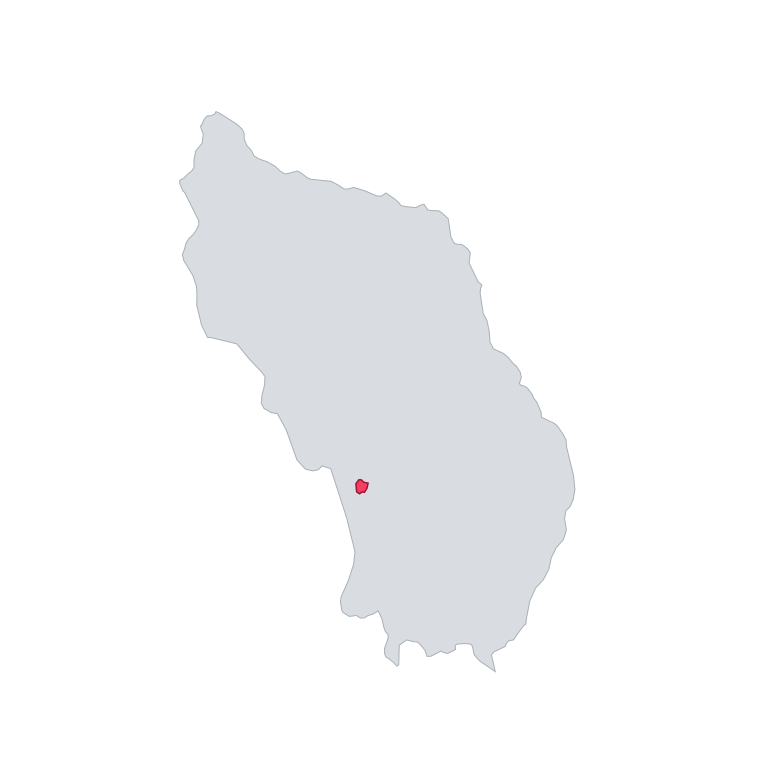 Hungary, with Tatabánya highlighted, rotated 255°
{"feature_id": "HUN-4906", "entity_name": "Tatabánya", "entity_type": "Urban county", "adm_level": 1, "iso_a3": "HUN", "parent_name": "Hungary", "parent_adm1": "", "projection": "natural_earth1", "projection_center": [18.448, 47.563], "detail": "fine", "context": "in_parent", "style": "filled", "palette": "rose", "viewbox_px": 768, "rotation_deg": 255, "n_neighbors": 0, "source": "natural_earth", "source_scale": "10m", "svg_char_len": 2938}
<svg xmlns="http://www.w3.org/2000/svg" viewBox="0 0 768 768"><g transform="rotate(255 384 384)"><path d="M622.6,239.6L631.1,238.7L631.5,238.8L633.5,239.4L635.0,244.7L635.3,245.0L637.4,248.5L639.4,253.2L642.5,256.7L649.1,258.2L657.9,262.5L663.7,270.7L672.2,274.1L672.8,274.2L674.5,273.8L680.5,273.5L681.8,275.2L686.7,279.2L688.7,282.7L687.8,286.5L688.7,290.7L690.6,292.2L688.4,295.0L672.9,309.2L666.8,313.0L662.7,313.8L656.2,312.3L649.5,313.4L643.6,316.4L638.2,317.4L634.1,321.0L628.8,328.8L622.3,335.3L615.7,339.4L612.3,343.1L612.1,355.6L608.4,359.3L603.5,362.9L600.8,366.1L593.5,385.3L587.8,391.5L582.4,396.2L581.6,400.5L581.8,405.4L575.7,415.3L567.7,425.5L566.1,429.7L568.0,435.4L560.3,441.9L555.8,445.0L552.1,446.5L549.8,450.6L546.1,460.5L547.2,465.0L547.3,469.1L540.7,471.5L538.8,476.0L537.2,481.6L534.5,484.1L527.1,488.8L508.6,486.7L501.6,488.3L499.6,491.6L499.2,494.3L496.9,496.8L492.7,499.9L488.4,501.3L478.8,497.5L458.1,501.4L454.5,504.2L451.6,502.2L447.2,500.4L426.5,498.1L418.3,499.9L407.4,499.2L397.3,497.2L389.7,498.8L383.1,506.7L379.8,509.3L377.2,511.0L371.5,513.5L366.8,516.5L360.4,518.6L354.8,518.3L349.4,514.9L347.5,515.7L345.8,518.8L342.9,521.5L334.9,524.7L332.8,524.7L332.4,524.7L326.2,527.1L316.1,528.4L311.0,527.5L301.8,538.4L298.9,540.4L290.1,543.7L282.9,545.4L276.7,544.1L274.3,544.0L246.9,543.4L232.6,541.1L223.4,536.8L217.4,532.0L214.4,526.8L207.3,523.6L196.1,522.5L187.4,517.2L181.2,507.9L172.8,500.6L162.2,495.1L153.8,487.4L147.6,477.5L136.5,468.6L120.3,460.7L115.5,459.0L114.5,456.4L106.7,446.6L103.3,443.0L103.7,438.1L102.1,435.3L99.3,433.4L97.8,426.3L96.9,421.1L94.7,417.7L77.4,417.0L92.0,404.5L99.2,401.0L107.6,401.6L110.2,400.5L111.0,398.7L112.4,394.6L113.2,390.7L113.9,387.1L113.0,385.1L109.0,384.4L107.2,375.5L109.3,372.1L111.3,369.8L108.9,358.9L109.7,355.2L116.2,354.6L121.6,352.3L126.0,349.7L127.3,346.3L130.9,339.5L127.7,331.1L109.0,325.6L108.0,323.6L112.4,321.2L117.1,317.8L119.8,315.2L123.4,314.8L128.5,316.1L137.5,322.2L141.0,323.1L144.3,321.3L147.9,320.9L157.9,321.2L166.3,319.7L164.5,313.3L164.5,308.6L163.1,304.8L164.0,300.7L167.5,297.5L168.5,290.3L173.8,285.4L176.3,284.7L185.5,285.6L187.7,286.9L189.1,287.2L203.8,299.0L217.7,308.0L229.2,312.5L246.0,312.9L263.8,313.3L293.7,311.8L316.0,310.6L317.5,308.4L320.9,303.0L318.2,298.5L318.4,293.1L322.1,286.1L333.1,280.3L364.8,277.7L382.9,273.4L385.7,267.5L391.6,261.7L397.1,260.5L404.7,263.2L413.8,268.3L421.8,271.0L426.5,269.3L442.5,260.6L460.9,252.2L473.4,229.3L474.7,225.6L488.4,223.0L508.5,223.5L518.9,226.5L526.6,228.1L538.2,227.5L554.9,222.6L561.1,222.7L565.9,226.2L571.2,229.2L574.8,232.9L577.6,238.1L579.1,240.0L581.5,242.7L585.7,246.3L589.8,247.3L620.7,241.0L622.6,239.6Z" fill="#d9dde1" stroke="#a8b0b8" stroke-width="1"/><path d="M297.3,337.3L294.2,339.2L292.4,343.0L287.7,340.6L284.5,337.2L285.4,334.9L284.3,332.0L286.8,329.7L290.3,330.2L295.0,331.1L298.0,334.9L297.3,337.3Z" fill="#f43f5e" stroke="#9f1239" stroke-width="1.5"/></g></svg>